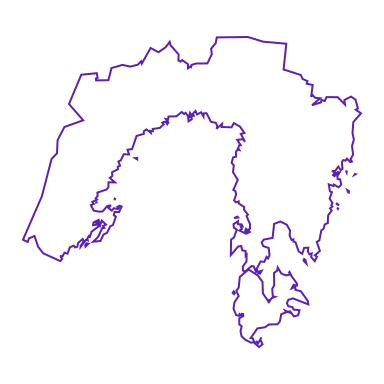 outline of Zamboanga Sibugay, Zamboanga Sibugay, Philippines
{"feature_id": "2640588B82865823535715", "entity_name": "Zamboanga Sibugay", "entity_type": "district", "adm_level": 2, "iso_a3": "PHL", "parent_name": "Philippines", "parent_adm1": "Zamboanga Sibugay", "projection": "robinson", "projection_center": [122.765, 7.61], "detail": "fine", "context": "isolated", "style": "outline", "palette": "violet", "viewbox_px": 384, "rotation_deg": 0, "n_neighbors": 0, "source": "geoboundaries", "source_scale": "gbopen_adm2", "svg_char_len": 6024}
<svg xmlns="http://www.w3.org/2000/svg" viewBox="0 0 384 384"><path d="M27.7,242.0L29.0,238.4L34.5,236.0L38.2,246.9L43.2,253.3L60.3,261.1L62.2,258.8L60.8,256.9L60.8,256.1L62.6,256.2L64.5,252.7L67.5,253.7L69.9,247.2L73.9,245.7L75.1,247.4L77.3,246.8L78.2,242.8L82.7,239.0L83.5,240.5L82.8,243.0L80.7,245.8L80.6,246.9L86.0,239.8L87.8,240.4L87.4,238.3L89.1,235.7L89.6,235.9L89.6,236.9L89.8,237.0L91.5,231.8L98.5,226.4L98.0,224.4L93.0,225.2L93.7,222.3L98.6,219.9L100.1,225.4L101.7,220.5L106.0,224.6L103.1,225.9L104.3,227.9L102.2,228.1L98.2,236.8L93.1,241.8L100.5,240.9L103.4,234.6L107.0,232.8L110.3,226.2L112.9,225.1L115.9,216.6L113.8,215.2L114.6,211.9L119.1,212.1L121.6,206.5L119.5,205.7L117.5,206.8L118.9,207.8L117.8,209.1L113.9,208.2L111.8,210.6L108.3,207.8L110.3,206.2L110.3,205.5L107.3,205.9L102.7,211.4L99.6,211.7L93.8,210.7L90.8,205.1L93.6,204.0L92.3,201.9L97.0,199.6L95.7,198.4L97.7,195.7L97.4,192.6L106.6,189.5L108.4,187.2L108.5,182.3L115.0,182.4L109.8,177.9L112.4,175.9L112.0,172.3L118.0,169.2L117.7,166.8L120.1,165.7L118.4,161.5L120.8,160.4L123.7,154.2L129.1,154.5L127.5,149.7L132.1,149.1L136.6,135.9L143.8,133.9L143.9,131.1L146.5,129.4L150.8,132.8L150.4,130.9L152.9,131.2L152.7,129.0L159.8,127.9L163.7,124.3L162.3,122.7L163.9,121.9L165.9,121.9L167.2,124.2L168.4,122.5L165.8,119.0L168.1,119.5L168.5,116.5L176.4,116.3L181.7,112.0L184.1,114.0L185.6,112.8L187.9,115.9L188.6,121.3L191.8,119.2L191.5,116.7L188.8,117.6L190.0,112.9L191.8,115.9L193.8,115.8L192.9,113.7L195.5,111.0L197.0,114.5L201.1,112.3L203.5,116.5L203.6,113.4L206.5,113.2L211.0,121.8L215.8,122.8L217.4,126.3L216.5,128.8L222.1,123.8L221.7,127.0L231.6,127.3L233.8,123.1L239.9,126.5L244.4,133.0L240.8,133.9L245.0,141.6L242.8,139.2L237.2,139.8L240.7,145.2L239.2,145.4L238.1,148.1L239.3,150.0L237.5,149.5L235.9,152.0L236.1,156.6L233.1,157.4L231.6,162.8L233.8,165.3L233.0,172.1L237.8,179.9L233.3,189.9L235.4,191.1L236.1,194.5L234.1,200.5L236.1,202.4L238.6,201.3L238.9,203.5L244.3,207.1L244.0,209.7L247.9,214.6L246.5,216.0L250.0,224.1L250.0,228.6L248.4,229.7L249.8,232.0L246.2,233.7L239.3,230.5L241.9,229.0L240.8,226.4L242.6,226.5L241.5,224.3L237.9,224.2L238.0,221.2L233.5,224.2L233.8,227.6L236.8,229.6L233.9,237.6L231.1,239.5L230.8,255.1L238.2,246.5L241.2,246.0L242.3,250.4L245.6,251.0L245.7,255.8L246.6,254.8L246.5,261.5L242.9,266.4L242.9,270.3L244.6,271.9L251.6,266.0L253.7,266.4L255.6,270.8L260.6,261.4L264.3,261.9L266.5,256.9L268.0,258.5L269.5,255.2L268.7,248.0L263.2,246.1L261.6,242.4L263.8,239.6L272.6,237.9L274.1,223.9L280.3,221.5L286.8,224.7L290.1,230.7L289.6,235.5L291.5,239.9L293.4,239.3L293.4,241.6L295.5,242.2L298.6,251.4L302.2,253.8L304.1,247.9L308.3,247.7L307.8,251.4L309.5,254.3L311.7,253.4L311.2,257.1L314.7,261.2L317.0,256.7L314.9,255.3L319.9,250.9L316.8,241.9L319.4,240.3L321.3,230.4L323.6,228.8L324.7,224.4L327.8,223.1L328.1,215.5L331.7,210.5L330.0,208.3L332.4,206.6L331.3,205.2L332.5,203.1L329.6,198.7L331.9,192.1L329.9,191.4L328.8,184.4L333.4,186.0L333.8,184.5L338.5,187.3L341.2,184.7L340.2,179.4L337.7,179.1L337.3,176.1L339.7,172.4L337.7,172.1L334.5,176.2L333.0,175.0L335.1,172.6L331.9,171.0L335.2,170.9L338.3,166.6L340.8,170.3L342.5,168.9L341.9,162.0L343.2,160.1L345.6,160.6L346.9,158.6L350.4,162.1L351.9,161.6L350.6,159.1L353.1,154.7L352.0,146.0L353.9,139.7L352.5,133.2L353.3,122.1L361.0,113.3L355.8,109.8L357.9,108.4L355.5,99.6L351.0,96.6L344.4,100.0L345.0,104.6L337.7,97.2L326.5,97.1L324.7,101.1L321.5,99.8L320.8,102.5L312.0,105.2L320.1,98.3L315.1,97.8L312.5,95.0L311.1,96.9L312.7,85.0L306.7,83.7L307.5,81.2L302.6,78.9L300.8,75.0L283.6,69.5L286.3,43.7L263.2,41.7L247.9,37.0L216.8,37.4L215.7,43.2L211.1,48.7L211.8,54.2L207.4,63.4L196.2,63.5L191.5,64.9L191.1,67.2L188.9,66.4L188.8,67.9L187.9,68.4L188.0,64.2L182.2,60.1L180.4,61.6L178.4,60.5L178.6,54.4L170.5,45.2L169.7,41.8L165.6,47.3L158.5,52.2L150.6,48.0L141.8,63.6L141.1,61.3L137.8,64.7L130.4,66.6L122.4,64.9L111.5,68.1L108.4,80.2L96.1,80.4L95.9,78.5L97.6,78.0L96.8,73.2L81.3,74.7L69.0,104.0L83.2,120.3L64.4,127.0L57.6,140.1L57.0,153.3L51.6,158.9L41.9,196.2L23.0,239.7L27.7,242.0ZM281.3,273.5L277.7,267.5L277.2,270.6L274.0,273.1L274.2,285.3L272.2,288.9L272.8,296.3L275.0,296.8L271.4,298.3L268.5,303.1L269.7,299.4L268.1,301.0L262.9,293.4L262.5,281.8L257.9,275.5L248.5,269.5L239.8,276.9L238.7,287.5L236.3,290.9L238.7,296.0L234.4,302.4L233.5,308.7L236.2,315.1L239.0,315.8L239.5,314.1L241.3,315.7L241.8,313.9L243.1,314.0L243.3,316.1L239.3,318.3L239.3,324.5L241.7,326.3L240.5,331.2L241.6,336.3L245.1,339.6L251.0,342.7L254.2,342.2L252.8,338.5L250.7,338.0L257.4,328.4L264.9,327.3L268.9,324.5L277.4,324.3L279.8,321.6L281.3,314.1L286.3,312.3L285.2,310.6L289.9,312.7L289.6,311.4L290.2,311.4L293.9,316.4L298.2,315.2L299.5,310.2L293.6,309.6L292.4,307.0L288.3,306.3L286.9,303.1L288.4,299.8L293.0,298.4L308.3,304.4L307.7,300.7L300.8,291.2L295.5,289.9L295.2,286.9L291.7,288.4L293.7,284.8L296.8,285.6L297.0,283.7L290.4,274.5L286.0,275.4L281.3,273.5ZM260.3,339.5L258.1,343.3L256.9,341.7L255.0,343.5L259.0,347.0L262.5,344.3L260.3,339.5ZM246.7,232.6L247.7,230.1L245.9,228.8L244.9,232.0L246.7,232.6ZM261.7,270.8L258.6,271.7L258.3,273.2L260.0,273.6L261.7,270.8ZM304.1,259.0L303.5,260.6L306.4,263.6L305.4,259.8L304.1,259.0ZM237.4,216.6L234.1,218.1L238.2,217.5L237.4,216.6ZM86.4,243.3L85.2,245.2L85.5,246.6L88.5,243.7L86.4,243.3ZM137.2,157.9L135.1,158.1L137.2,159.4L137.2,157.9ZM233.7,291.4L232.7,292.8L234.0,294.2L234.8,293.1L233.7,291.4ZM347.2,190.0L348.1,192.3L348.8,192.6L348.9,191.0L347.2,190.0ZM339.0,205.2L336.3,203.0L336.5,203.4L337.2,204.0L337.0,204.4L339.0,205.2ZM258.0,271.7L257.4,270.7L256.6,271.8L258.0,271.7ZM256.1,342.4L255.0,342.4L254.3,342.8L256.1,342.4ZM97.7,222.0L96.8,222.7L98.2,223.0L97.7,222.0ZM354.4,174.9L355.6,174.2L354.9,174.0L354.4,174.9ZM289.1,272.5L290.0,272.9L289.5,271.9L289.1,272.5ZM115.8,199.5L114.8,198.8L114.7,199.3L115.8,199.5ZM338.2,208.7L337.2,207.5L338.0,209.0L338.2,208.7ZM261.9,338.3L260.6,338.2L260.1,338.2L261.9,338.3ZM346.8,170.6L346.2,171.6L346.6,172.4L346.8,170.6ZM97.5,202.4L96.5,202.2L96.3,202.5L97.5,202.4Z" fill="none" stroke="#5b21b6" stroke-width="2"/></svg>